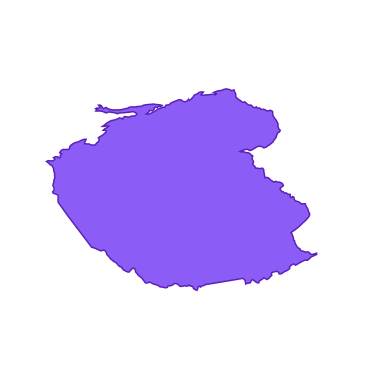 Jaguaribe, Ceará, Brazil (orthographic projection), rotated 232°
{"feature_id": "56859067B94931257092232", "entity_name": "Jaguaribe", "entity_type": "district", "adm_level": 2, "iso_a3": "BRA", "parent_name": "Brazil", "parent_adm1": "Ceará", "projection": "orthographic", "projection_center": [-38.68, -5.978], "detail": "fine", "context": "isolated", "style": "filled", "palette": "violet", "viewbox_px": 384, "rotation_deg": 232, "n_neighbors": 0, "source": "geoboundaries", "source_scale": "gbopen_adm2", "svg_char_len": 6027}
<svg xmlns="http://www.w3.org/2000/svg" viewBox="0 0 384 384"><g transform="rotate(232 192 192)"><path d="M246.6,288.0L247.4,285.6L249.4,284.8L250.9,283.6L252.1,282.6L253.4,279.9L253.9,277.7L254.8,276.3L256.0,274.0L256.6,272.1L257.1,270.4L254.4,271.8L254.1,270.4L255.7,269.2L256.8,267.8L258.4,264.9L259.5,263.4L260.6,261.8L261.7,259.5L263.1,258.9L263.1,260.4L263.8,262.5L265.0,261.2L266.1,258.9L266.1,256.5L266.6,254.9L266.9,253.1L266.1,251.1L265.8,248.8L265.8,246.3L267.3,246.3L266.6,244.7L267.4,242.1L269.1,240.6L271.2,240.2L272.8,238.6L273.2,236.8L274.0,234.6L274.6,232.2L275.2,229.6L274.7,227.7L275.8,226.1L276.5,224.9L275.5,222.6L276.7,221.3L277.3,219.6L277.8,217.4L278.6,216.0L278.3,214.5L278.4,212.2L279.1,209.6L279.4,207.6L280.0,205.7L281.6,204.0L281.6,205.8L281.6,207.3L282.4,208.7L280.4,210.9L280.3,212.8L281.4,213.9L281.0,215.8L280.0,216.8L279.9,218.3L278.7,220.3L278.7,221.7L280.5,220.3L282.3,218.5L283.8,216.8L285.1,215.8L286.1,214.1L287.1,212.5L288.2,210.9L289.5,208.7L290.6,206.3L290.7,204.7L292.0,203.1L293.2,201.2L293.9,199.7L294.9,198.4L296.2,196.9L297.4,194.9L297.6,192.9L298.3,191.6L299.0,190.0L300.0,187.9L301.0,186.0L302.5,183.9L303.6,182.5L305.0,180.6L307.7,178.1L309.4,177.1L311.6,176.3L312.2,173.5L313.8,173.5L315.8,173.7L317.2,173.0L318.0,171.7L315.6,171.9L315.4,169.8L316.8,168.7L317.0,167.3L315.4,167.9L315.1,166.1L313.9,167.4L313.1,168.7L310.7,171.0L309.2,171.9L308.0,172.5L306.8,173.6L306.3,175.8L304.0,177.9L302.2,179.8L300.5,180.7L299.3,182.0L298.9,183.6L297.7,185.3L296.6,186.8L295.0,189.4L293.9,191.0L292.8,193.0L291.6,195.0L289.9,196.1L287.5,196.7L286.8,194.4L288.0,192.6L289.2,190.9L289.6,188.7L291.5,186.8L293.0,185.3L293.0,183.8L292.2,182.2L293.7,181.6L295.1,180.5L295.4,178.5L295.9,176.7L296.7,174.8L297.9,172.5L298.5,169.8L298.8,167.3L298.7,165.5L298.7,163.6L298.8,161.9L297.2,164.0L296.7,165.6L295.2,166.9L295.1,165.2L295.2,163.7L295.5,162.2L295.3,160.1L294.4,161.2L293.3,162.1L292.1,161.0L292.1,159.3L291.8,157.2L292.0,155.5L292.3,153.4L292.4,151.6L290.8,151.4L289.3,149.7L289.4,148.1L289.1,146.3L288.7,144.6L289.7,143.2L291.1,141.6L292.4,140.9L293.6,140.1L294.6,138.7L296.1,137.2L297.3,138.0L298.0,139.8L298.7,141.0L299.8,139.8L300.3,138.5L300.9,136.6L301.6,132.9L302.4,131.4L303.0,129.8L303.3,127.8L303.4,125.4L302.9,123.4L301.7,122.3L301.7,120.8L303.1,118.8L304.8,116.8L305.3,114.9L305.0,113.5L304.4,111.9L302.2,112.6L302.0,110.8L300.7,110.2L300.4,108.6L301.9,108.2L303.8,106.4L304.4,104.0L302.2,104.2L302.0,102.0L302.9,100.5L305.2,98.0L305.7,96.2L302.9,96.8L300.9,97.0L299.2,97.9L297.5,97.7L296.0,97.4L294.2,96.4L292.9,95.7L291.5,95.4L290.1,94.2L288.5,93.2L287.3,92.1L286.2,90.3L284.4,88.9L283.8,87.4L282.7,86.4L280.7,85.9L279.3,85.4L278.3,84.0L277.9,82.2L276.4,81.9L275.1,82.9L273.8,83.6L272.4,84.4L270.8,83.9L269.2,82.3L267.7,81.1L266.2,80.2L250.1,79.5L210.3,78.9L208.1,80.5L201.6,84.0L200.9,86.4L199.5,87.3L197.4,87.3L195.2,86.4L193.0,86.6L191.1,86.7L189.1,86.7L186.1,87.4L184.5,88.0L183.1,88.6L181.5,88.8L179.9,88.7L177.6,89.2L175.9,90.3L174.5,89.9L172.7,90.1L171.4,90.7L169.7,91.4L168.4,92.2L167.6,93.4L168.1,95.0L168.4,97.1L168.1,99.1L166.6,99.6L165.3,99.1L163.4,98.3L161.2,98.5L159.3,98.4L157.0,99.0L154.9,99.5L152.7,99.4L150.6,99.4L149.0,99.3L147.9,100.8L147.3,102.5L146.1,103.8L144.0,104.5L142.1,105.8L140.1,107.3L138.6,108.0L136.9,108.4L135.3,110.2L133.9,111.2L132.7,112.3L132.0,113.8L132.7,115.4L131.3,117.4L130.6,119.8L130.8,121.8L129.3,123.4L127.6,124.1L125.0,124.5L123.6,126.2L123.0,128.2L121.3,129.6L120.4,131.0L120.5,132.4L118.7,132.9L117.2,134.4L114.9,133.8L113.1,134.4L111.5,135.3L112.1,136.8L113.2,138.0L113.5,139.5L111.7,140.3L112.0,141.7L110.9,143.9L110.8,145.7L109.8,147.3L95.2,174.1L92.8,178.7L91.5,179.2L89.7,179.4L87.9,178.5L86.4,177.7L86.0,179.5L85.2,180.8L84.6,182.1L85.7,184.2L85.8,185.7L84.0,186.4L81.2,187.0L79.3,188.5L80.3,190.2L80.3,191.6L80.0,193.8L80.1,195.8L78.3,196.6L76.9,197.2L76.6,199.7L77.2,201.9L77.0,203.3L78.5,204.2L79.4,205.4L78.6,207.3L78.0,208.7L77.0,210.2L75.7,210.8L73.7,210.3L72.7,211.7L72.4,213.5L72.3,215.8L71.7,218.0L71.4,220.1L71.5,221.8L72.9,222.9L73.3,224.9L73.1,226.4L72.5,228.1L70.6,228.5L70.3,230.4L70.1,232.0L69.8,234.4L69.3,237.2L68.6,239.3L67.2,240.7L67.1,243.4L67.5,245.6L67.0,247.7L66.7,249.2L66.0,251.7L67.1,252.5L68.6,248.6L70.1,247.0L71.5,247.2L73.3,246.7L74.9,244.3L76.6,243.4L78.5,241.7L81.1,242.1L82.4,241.3L84.5,241.1L87.5,241.6L89.2,242.0L90.4,242.8L91.9,242.5L93.1,243.5L95.1,244.2L96.8,244.8L98.9,244.8L99.0,247.5L98.8,249.5L98.8,254.0L98.9,255.6L99.2,258.4L99.5,261.1L99.6,263.8L100.3,267.7L100.7,269.1L101.7,270.9L103.4,271.6L105.1,271.8L107.1,272.8L110.3,273.1L113.1,274.0L114.4,272.1L115.6,270.7L117.8,270.4L119.9,269.1L121.5,267.9L123.6,268.1L124.9,269.1L126.6,268.4L126.3,266.8L127.7,266.3L129.6,268.0L131.4,266.0L133.2,265.8L134.3,264.1L136.2,264.1L137.1,262.9L138.6,263.0L140.5,263.4L140.7,265.7L140.7,267.9L142.1,268.4L143.8,268.2L145.9,267.1L147.3,265.2L148.7,264.8L149.7,262.3L151.5,262.0L152.7,261.3L154.2,261.3L155.9,260.9L157.4,260.0L158.4,258.3L160.3,259.3L162.7,260.6L164.0,261.2L165.5,262.3L167.3,262.3L168.3,260.5L169.2,259.3L170.6,258.1L171.9,256.7L173.4,257.3L176.4,256.8L177.7,258.9L179.2,259.4L181.5,259.9L182.9,262.1L185.0,261.4L186.5,261.3L187.9,260.8L190.2,258.5L192.0,257.4L193.0,255.7L194.3,254.7L193.7,257.3L192.6,260.4L191.3,262.2L189.2,262.9L188.4,264.6L188.1,266.9L187.9,268.4L187.7,270.6L186.9,273.1L184.8,274.9L182.5,275.8L181.7,278.2L181.8,280.5L181.4,281.9L181.5,283.9L181.6,286.8L182.2,288.1L182.7,289.6L183.3,292.0L184.9,294.1L185.9,296.3L185.5,297.8L186.2,299.5L187.7,299.2L189.5,299.7L191.5,300.6L192.6,301.7L194.6,302.2L196.8,302.5L198.7,302.5L200.5,302.6L202.7,303.0L205.9,305.1L208.1,304.2L209.1,301.7L210.8,300.4L212.2,300.1L213.3,299.2L214.5,297.3L216.6,297.0L217.8,295.1L219.4,295.2L219.7,293.8L220.5,292.6L222.3,292.3L224.1,292.1L225.3,290.4L227.6,289.6L229.5,289.4L230.8,288.8L231.2,287.3L232.8,286.7L234.3,286.4L236.2,285.7L238.8,285.1L240.6,285.4L241.7,286.4L242.9,287.0L244.8,287.3L246.6,288.0Z" fill="#8b5cf6" stroke="#5b21b6" stroke-width="1.5"/></g></svg>